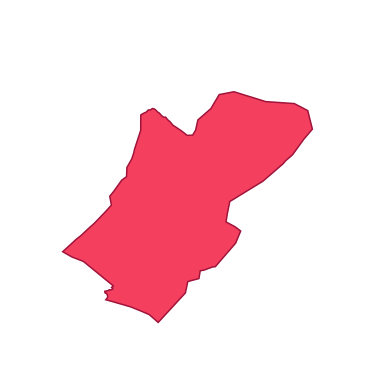 Bat-O'lzii, Övörhangay, Mongolia (Mercator projection), rotated 148°
{"feature_id": "93677404B73570111048283", "entity_name": "Bat-O'lzii", "entity_type": "district", "adm_level": 2, "iso_a3": "MNG", "parent_name": "Mongolia", "parent_adm1": "Övörhangay", "projection": "mercator", "projection_center": [102.026, 46.786], "detail": "fine", "context": "isolated", "style": "filled", "palette": "rose", "viewbox_px": 384, "rotation_deg": 148, "n_neighbors": 0, "source": "geoboundaries", "source_scale": "gbopen_adm2", "svg_char_len": 1817}
<svg xmlns="http://www.w3.org/2000/svg" viewBox="0 0 384 384"><g transform="rotate(148 192 192)"><path d="M322.2,146.3L305.0,127.2L299.3,119.4L293.3,110.8L289.8,99.3L251.1,109.9L243.0,118.3L232.0,114.9L226.8,120.8L223.2,119.4L214.1,117.5L214.0,117.4L211.8,116.3L195.7,121.3L182.1,125.5L171.4,133.1L173.8,139.5L179.0,148.6L174.3,154.0L174.1,154.3L165.0,163.9L126.0,163.6L99.6,167.7L96.5,168.8L87.0,170.3L69.5,177.4L69.2,177.5L56.6,181.5L50.7,199.7L58.4,212.8L81.6,229.6L103.3,254.8L117.3,260.2L131.9,252.7L148.8,250.0L156.2,242.5L161.3,239.9L166.1,242.6L168.6,249.6L172.7,258.6L173.4,263.0L173.5,263.9L173.8,264.5L174.3,266.0L174.3,266.5L174.5,267.3L174.6,268.8L174.8,269.5L175.3,269.8L176.0,270.2L176.6,271.0L176.9,271.5L177.4,273.3L177.6,274.5L177.7,275.2L177.8,275.7L178.0,276.6L178.9,278.3L178.9,278.8L179.2,280.3L179.6,281.6L180.2,282.8L180.9,283.4L181.0,283.5L181.3,283.7L182.2,283.8L182.9,283.6L183.4,283.6L184.0,283.8L184.6,284.2L185.1,284.5L185.9,284.7L186.5,284.6L187.3,284.3L187.9,284.1L188.2,284.1L188.5,284.1L189.0,284.1L189.8,284.2L190.9,284.4L191.7,284.4L192.7,284.5L193.3,284.5L193.8,284.5L194.7,284.4L202.8,271.5L218.0,258.8L220.4,256.3L225.5,252.0L234.2,247.3L239.4,239.7L245.3,239.3L257.9,234.1L264.0,232.0L267.3,223.6L274.9,221.4L291.1,217.3L298.6,216.0L309.2,213.9L315.6,213.2L333.3,209.9L328.2,200.4L320.9,190.7L308.6,154.4L308.6,153.8L309.2,153.7L309.7,153.7L310.4,153.8L310.8,153.8L310.8,153.5L310.4,152.2L310.6,151.8L311.1,151.7L311.9,151.8L312.6,152.0L313.1,152.3L313.9,152.9L315.2,152.9L315.9,152.9L316.7,153.4L317.6,153.6L318.6,154.0L318.8,153.5L319.0,153.2L319.1,152.6L319.1,152.1L318.5,151.7L318.3,151.4L318.3,150.8L318.3,150.1L318.5,149.3L318.7,148.5L319.1,147.7L319.5,147.4L320.1,147.0L320.8,146.8L321.5,146.5L322.2,146.3Z" fill="#f43f5e" stroke="#9f1239" stroke-width="1.5"/></g></svg>